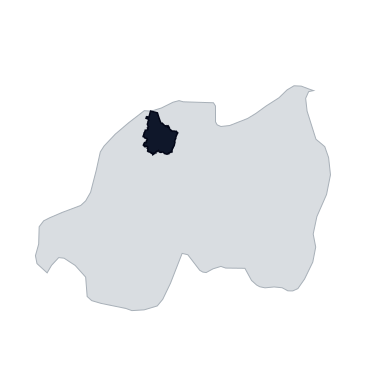 Nyabihu, Western, Rwanda shown in context, rotated 17°
{"feature_id": "39286606B61881490568352", "entity_name": "Nyabihu", "entity_type": "district", "adm_level": 2, "iso_a3": "RWA", "parent_name": "Rwanda", "parent_adm1": "Western", "projection": "robinson", "projection_center": [29.504, -1.642], "detail": "fine", "context": "in_parent", "style": "filled", "palette": "ink", "viewbox_px": 384, "rotation_deg": 17, "n_neighbors": 0, "source": "geoboundaries", "source_scale": "gbopen_adm2", "svg_char_len": 5976}
<svg xmlns="http://www.w3.org/2000/svg" viewBox="0 0 384 384"><g transform="rotate(17 192 192)"><path d="M152.9,108.4L157.3,108.3L186.4,100.4L189.3,102.9L194.0,118.1L196.4,120.4L200.5,120.9L208.6,117.4L223.6,105.5L230.1,98.2L237.8,88.0L247.6,76.5L253.1,66.5L258.5,60.6L265.5,58.8L273.2,59.3L278.6,59.5L274.2,61.9L273.3,69.2L278.4,81.0L295.1,105.3L305.7,109.8L312.6,119.2L319.4,135.1L321.4,155.0L318.6,179.0L320.2,196.8L326.4,208.5L328.0,223.7L325.1,242.3L321.5,253.4L317.3,257.1L312.6,258.5L306.2,257.2L298.3,258.8L289.8,262.3L284.5,262.8L281.1,262.1L274.8,259.2L264.9,249.5L246.4,254.9L241.4,254.7L234.6,259.3L229.1,264.9L225.7,265.4L222.3,264.6L206.3,253.2L200.5,253.6L198.1,285.5L195.4,303.2L192.1,311.1L180.7,318.7L169.2,323.0L162.9,322.7L137.7,325.1L127.8,325.2L122.3,322.6L115.2,304.5L101.8,296.4L89.0,292.7L83.7,293.7L79.1,303.2L77.1,311.7L64.7,305.8L60.9,298.7L60.6,286.6L56.0,269.9L58.6,262.9L63.4,258.3L73.8,249.5L89.5,237.4L92.9,231.6L95.1,221.9L94.1,199.4L92.6,180.5L94.5,173.7L101.7,159.1L111.3,144.1L122.6,128.2L129.3,126.6L138.2,120.6L147.6,111.7L152.9,108.4Z" fill="#d9dde1" stroke="#a8b0b8" stroke-width="1"/><path d="M133.7,161.9L134.5,161.4L134.8,161.4L134.9,161.6L135.1,161.5L135.3,161.6L135.7,161.5L135.9,161.4L136.1,161.4L136.3,161.7L136.7,162.0L136.5,162.4L136.3,162.7L136.2,163.0L136.3,163.2L136.7,163.1L136.9,163.4L137.0,163.6L137.2,163.8L137.3,163.8L137.5,164.1L137.5,164.3L137.4,164.5L137.6,165.1L137.5,165.6L137.5,165.8L138.0,166.1L138.3,166.2L138.6,166.2L138.9,166.1L139.2,166.2L139.3,166.1L139.5,166.2L140.2,166.1L140.4,166.1L140.6,166.3L140.9,166.2L141.0,166.3L141.2,166.5L141.3,166.4L141.5,166.7L141.7,166.8L141.9,166.9L142.0,166.8L142.5,166.8L142.5,166.7L142.7,166.8L142.8,166.7L142.9,166.8L143.0,166.7L143.0,167.0L143.3,167.3L143.6,167.8L143.8,167.5L144.1,167.3L144.2,167.0L144.3,166.9L144.4,166.7L144.5,166.3L144.8,166.3L144.9,166.2L145.1,166.1L145.1,165.6L145.4,165.1L145.5,165.1L145.4,165.0L145.5,164.9L145.6,164.7L145.8,164.4L145.7,164.3L145.8,163.8L146.0,163.7L146.2,163.8L146.3,164.0L146.3,163.8L146.5,163.9L146.7,163.7L146.8,163.6L146.9,163.2L147.0,163.0L147.0,162.9L147.2,162.7L147.5,162.7L147.6,162.4L147.7,162.2L147.8,162.3L147.9,162.2L148.1,162.4L148.4,162.6L148.9,163.2L149.2,163.2L149.6,163.2L149.8,163.4L150.1,163.4L150.4,163.2L151.0,163.1L151.3,162.9L151.4,162.7L151.8,162.6L152.1,162.3L152.4,162.3L152.5,162.3L152.9,162.3L153.3,162.6L153.9,162.8L154.3,163.2L154.5,163.1L155.2,163.3L155.6,163.1L155.8,163.1L156.0,163.2L156.7,163.1L156.9,163.2L157.0,163.2L157.5,162.6L157.8,162.7L158.0,162.6L158.2,162.4L158.3,162.2L158.5,162.1L158.4,162.0L158.4,161.8L158.2,161.6L158.3,161.3L158.5,161.2L158.9,161.0L159.2,161.0L159.3,160.7L159.5,160.6L159.6,160.3L159.7,160.2L159.8,160.1L160.1,160.1L160.1,159.9L160.3,159.8L160.5,159.9L160.6,159.7L161.0,159.5L161.2,159.4L161.0,159.1L160.8,159.0L160.8,158.8L160.8,158.7L160.8,158.4L160.6,158.3L160.7,158.1L160.7,157.8L160.7,157.7L160.7,157.2L160.7,156.8L160.6,156.6L160.7,156.3L160.6,156.1L160.4,155.9L160.4,155.7L160.5,155.4L160.6,155.2L161.0,155.2L161.0,154.7L161.1,154.1L161.1,153.8L161.3,153.5L161.3,153.1L161.3,152.8L161.4,152.5L161.4,152.3L161.3,152.1L161.2,151.7L161.3,151.4L161.3,151.2L161.2,150.5L161.2,150.0L161.2,149.9L161.2,149.7L161.1,149.4L161.1,149.2L160.9,148.9L160.6,148.9L160.6,148.6L160.6,148.3L160.6,148.2L160.6,147.9L160.5,147.5L160.6,147.3L160.6,147.2L160.6,146.8L160.5,146.6L160.6,146.3L160.7,146.2L160.9,145.7L160.6,145.2L160.6,144.3L160.5,144.0L160.5,143.7L160.6,143.4L160.6,143.2L160.6,142.9L160.7,142.5L160.7,142.3L160.5,142.2L160.8,141.3L160.8,140.9L160.9,140.5L160.8,140.4L161.0,140.3L161.1,139.6L160.4,139.3L160.0,139.4L159.7,139.2L159.5,138.6L159.3,138.5L159.0,138.5L158.8,138.7L158.5,139.0L157.9,138.9L157.7,139.1L157.2,138.9L157.0,139.0L156.8,139.0L156.5,139.1L156.2,139.4L156.1,139.5L155.8,139.5L155.5,139.8L155.2,139.5L154.9,139.5L154.7,139.4L154.1,139.5L154.1,139.3L153.9,139.2L154.0,139.1L153.5,139.0L153.3,138.7L152.8,138.7L152.7,138.6L152.4,138.4L152.1,138.3L152.0,138.2L151.9,137.9L151.7,137.7L151.7,137.4L150.5,136.2L150.5,136.3L150.4,136.3L150.2,136.4L150.2,136.6L150.2,137.1L149.7,137.2L149.5,136.7L149.4,136.7L149.3,136.0L149.1,135.9L148.7,136.4L148.2,136.5L148.0,136.3L147.8,136.6L147.7,136.9L147.4,136.7L147.3,136.4L147.2,136.4L147.0,136.5L146.5,136.6L146.3,136.5L146.1,136.3L145.3,136.0L145.1,135.8L143.6,135.0L143.5,135.3L143.1,135.2L142.7,135.3L142.4,135.2L142.2,135.0L142.1,134.9L141.2,134.0L140.4,133.0L137.8,129.4L135.8,126.4L128.7,126.7L128.9,133.0L127.0,133.1L127.0,133.6L126.5,133.6L126.5,135.0L127.5,135.0L127.5,134.6L128.4,134.6L128.5,134.6L128.8,134.8L128.9,135.0L128.9,135.4L129.9,136.1L129.3,137.0L129.3,137.3L129.3,137.6L129.5,138.1L129.5,138.4L129.5,139.1L129.4,139.5L129.6,139.9L129.6,140.6L129.8,140.8L131.2,141.9L130.8,142.2L131.0,142.7L131.1,142.8L131.2,143.1L131.4,143.4L130.7,143.7L130.9,144.1L131.6,145.2L130.6,146.0L129.2,146.6L129.4,147.3L129.3,147.5L129.2,148.3L129.3,148.4L129.3,149.0L129.2,149.2L129.2,149.7L128.9,149.8L129.2,150.3L129.1,150.6L129.3,150.7L129.0,151.1L129.1,151.5L129.2,151.9L129.0,152.5L128.9,152.7L128.9,153.0L129.0,153.2L129.1,153.3L129.4,153.0L129.7,153.0L129.9,153.1L130.1,153.1L130.3,153.2L130.4,153.6L130.6,153.9L131.1,154.1L131.4,153.8L131.6,153.9L131.9,153.9L132.1,154.1L132.3,154.0L132.5,154.2L132.9,154.1L133.0,154.2L133.3,154.1L133.4,154.3L133.6,154.6L133.8,154.7L134.1,154.9L134.1,155.1L133.9,155.1L133.8,155.3L133.9,155.5L133.7,155.6L133.6,155.9L133.6,156.0L133.5,156.5L133.4,156.6L133.4,156.8L133.5,157.1L133.9,157.6L133.7,157.8L133.8,158.3L133.1,158.5L133.0,158.4L132.6,158.3L132.2,158.6L132.1,158.8L132.1,159.0L132.0,159.4L132.1,159.5L132.1,159.9L132.0,160.0L131.9,160.1L131.8,160.5L131.9,160.8L131.8,161.0L131.8,161.4L132.0,161.4L132.1,161.5L132.3,161.4L132.4,161.5L132.5,161.7L132.6,161.8L132.6,161.7L132.8,161.9L133.1,161.9L133.1,161.7L133.3,161.8L133.4,162.0L133.4,161.9L133.5,162.0L133.6,161.9L133.7,162.0L133.7,161.9Z" fill="#0f172a" stroke="#020617" stroke-width="1.5"/></g></svg>